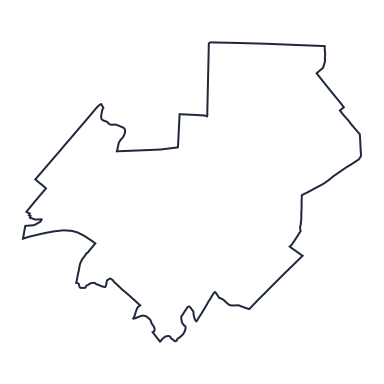 Soldanu, Calarasi, Romania (Albers equal-area conic projection)
{"feature_id": "2599482B93522079592050", "entity_name": "Soldanu", "entity_type": "district", "adm_level": 2, "iso_a3": "ROU", "parent_name": "Romania", "parent_adm1": "Calarasi", "projection": "albers", "projection_center": [26.526, 44.239], "detail": "fine", "context": "isolated", "style": "outline", "palette": "slate", "viewbox_px": 384, "rotation_deg": 0, "n_neighbors": 0, "source": "geoboundaries", "source_scale": "gbopen_adm2", "svg_char_len": 5538}
<svg xmlns="http://www.w3.org/2000/svg" viewBox="0 0 384 384"><path d="M42.4,233.6L45.6,232.9L53.9,231.4L63.6,230.3L67.7,230.6L71.9,230.9L77.4,232.4L83.5,235.4L91.5,240.6L95.3,243.4L90.3,249.4L90.1,249.6L89.2,250.8L87.8,252.5L87.2,253.1L86.6,253.2L86.4,253.3L86.1,253.7L85.4,255.0L84.9,255.8L84.8,256.0L83.0,258.1L82.8,258.4L82.3,259.2L81.9,259.8L81.5,260.6L80.7,262.3L80.6,262.5L80.4,263.0L80.2,263.5L80.0,264.3L79.7,265.4L79.5,266.3L79.4,267.1L78.7,271.0L78.3,272.6L76.9,279.6L76.4,282.2L76.2,282.9L77.4,283.0L78.2,283.5L78.9,284.2L79.1,285.2L79.5,286.7L79.9,287.4L80.4,287.8L81.5,288.0L82.7,287.9L84.4,287.9L85.1,287.8L85.5,287.5L86.0,286.1L86.7,285.5L88.3,284.8L89.7,283.8L90.9,283.2L92.6,283.0L93.4,282.9L94.3,282.9L95.2,283.2L95.7,283.6L96.1,284.1L96.4,284.3L96.9,284.5L97.7,284.6L98.2,284.7L99.1,285.2L101.2,286.1L102.5,286.5L104.1,286.9L105.3,287.0L106.1,285.1L106.4,283.5L106.5,282.1L107.2,280.2L109.6,278.8L110.4,278.5L111.5,279.3L112.5,280.0L113.1,280.4L113.6,281.5L115.5,283.2L119.7,287.1L121.9,289.3L127.1,293.6L131.8,297.8L132.8,298.8L133.0,298.9L133.9,299.6L138.1,303.5L139.4,304.7L140.2,305.3L139.9,305.6L139.2,306.1L138.6,306.5L138.0,306.9L137.8,307.1L137.5,307.7L137.1,308.5L136.6,309.5L135.3,313.5L134.6,315.7L134.5,316.1L134.0,317.2L133.6,317.8L133.5,318.1L133.2,318.4L133.5,318.7L134.9,318.4L135.9,318.0L139.8,316.4L142.1,315.7L144.0,315.7L145.9,316.2L147.7,317.5L148.9,318.4L150.3,319.9L150.8,321.0L151.6,323.3L152.5,324.7L153.7,326.4L154.2,327.6L154.6,328.3L154.5,329.9L154.4,331.1L152.6,332.2L160.0,341.6L160.6,341.2L161.4,340.2L161.7,339.6L162.0,339.2L162.5,338.8L163.3,338.1L164.0,337.5L165.0,336.8L165.8,336.4L166.5,336.3L167.4,336.1L168.4,336.0L168.9,336.1L169.7,336.4L169.9,336.5L170.3,336.9L171.3,338.6L173.2,339.8L173.6,340.1L174.3,340.9L174.8,341.2L175.0,341.2L175.7,341.1L176.2,340.9L176.5,340.8L176.8,340.3L176.9,340.0L177.0,339.6L177.2,339.3L177.5,338.9L177.7,338.7L178.3,338.2L178.8,338.0L179.7,337.4L180.0,337.0L180.6,336.5L181.0,336.2L182.0,335.3L182.5,334.8L183.2,334.2L184.5,331.7L184.9,330.8L185.2,330.0L185.4,329.1L185.6,328.4L185.6,327.2L185.1,326.0L184.2,325.5L183.2,324.4L181.8,322.2L181.6,320.1L181.2,318.2L181.2,317.1L181.5,316.3L182.4,315.0L183.8,312.8L185.3,310.5L185.9,309.5L187.0,308.1L187.3,307.5L187.5,307.2L187.9,306.9L189.1,306.5L189.5,306.7L189.7,306.9L190.3,307.5L190.8,308.0L191.7,309.3L192.9,310.9L193.2,311.3L193.3,311.7L193.4,312.0L193.6,312.6L193.5,313.7L193.5,314.5L193.6,314.8L193.9,315.7L194.0,316.3L194.8,319.4L195.1,319.9L195.4,320.4L195.8,320.8L196.2,321.1L196.5,321.3L196.8,321.0L197.5,319.7L198.6,317.9L201.3,313.8L206.7,304.8L207.2,303.9L208.6,301.3L209.5,300.0L213.7,293.2L214.0,292.9L214.6,292.2L214.9,292.1L215.1,292.1L215.4,292.4L215.8,292.8L216.4,293.7L219.3,298.0L219.9,298.0L220.2,298.0L221.3,298.7L222.4,299.1L223.2,299.6L224.8,301.0L226.7,302.8L228.7,304.6L230.6,305.4L234.0,305.5L237.0,305.3L238.7,305.3L240.4,306.0L243.0,307.0L244.9,307.7L249.2,309.1L255.2,302.9L258.8,299.1L260.2,297.7L264.5,293.5L269.2,288.7L278.7,279.2L280.9,277.0L283.9,274.0L286.0,271.9L291.0,267.1L293.2,265.0L295.1,263.1L298.6,259.7L299.9,258.4L301.3,257.0L302.4,256.0L302.6,255.8L300.3,254.2L297.9,252.5L296.5,251.5L292.5,248.7L289.7,246.6L291.1,245.3L291.5,244.9L292.1,244.1L292.9,242.9L294.8,240.2L296.1,238.2L296.6,237.3L297.6,235.9L299.5,232.8L300.6,231.1L300.5,230.5L300.4,229.8L300.2,228.9L300.1,227.5L300.1,227.1L300.3,226.4L300.5,225.3L300.9,223.8L300.9,222.3L301.3,219.3L301.3,217.3L301.3,212.7L301.5,210.4L301.6,207.0L301.6,202.1L301.7,198.9L301.8,195.2L303.2,194.5L306.5,192.8L307.8,192.2L309.1,191.5L316.6,187.4L321.1,185.1L324.5,183.1L329.1,179.8L333.3,176.3L337.2,173.6L338.8,172.5L342.0,170.3L345.9,167.6L348.2,166.2L350.5,164.8L358.4,159.7L358.7,159.5L360.2,157.4L360.5,156.9L360.8,156.4L360.9,155.6L361.0,155.2L360.8,152.2L360.8,151.9L360.7,150.5L360.1,138.4L359.8,134.3L359.3,133.7L356.9,130.9L355.5,129.3L353.2,126.6L351.5,124.6L348.0,120.0L343.4,114.9L339.9,110.5L343.8,107.3L341.1,103.6L336.2,97.7L333.9,94.9L329.6,89.6L321.7,79.7L316.6,73.3L318.3,71.8L322.5,68.3L323.0,67.9L325.1,61.1L324.9,60.4L324.9,59.7L324.9,58.4L324.9,57.1L325.0,56.5L325.1,54.6L325.2,54.2L325.2,53.7L325.1,53.2L325.1,52.2L324.8,51.0L324.8,50.0L324.8,49.7L324.7,47.8L324.7,46.9L324.7,46.1L322.6,46.0L314.7,45.7L296.6,45.0L267.6,43.8L253.6,43.4L239.4,43.0L211.5,42.4L210.6,42.4L209.6,42.7L208.8,43.6L208.8,43.9L208.3,68.8L208.2,71.5L207.6,98.7L207.3,112.4L207.3,114.3L207.4,115.6L206.9,116.4L205.7,115.8L204.3,115.5L194.6,114.9L179.6,114.2L178.5,136.7L178.1,144.4L177.9,147.3L177.6,147.4L160.8,149.5L158.9,149.6L144.9,150.2L116.9,151.3L117.3,149.6L117.7,147.6L118.7,143.2L119.2,141.9L119.9,141.0L120.8,139.6L123.1,137.1L124.1,135.2L124.4,134.2L124.7,133.4L125.0,132.4L125.1,131.0L125.0,129.8L124.6,128.9L124.3,128.5L123.9,128.1L123.4,127.7L121.9,127.0L117.3,125.1L115.7,124.6L112.9,124.7L110.8,124.7L109.5,124.2L108.4,123.2L107.7,122.6L107.4,122.2L106.9,121.8L103.0,120.3L102.5,120.0L101.7,119.2L101.3,118.3L101.1,117.3L101.4,114.6L102.3,109.8L102.7,108.9L103.4,107.9L101.2,104.1L100.6,104.3L100.0,104.7L98.9,105.4L96.8,107.5L85.3,121.1L76.7,131.1L71.7,137.0L63.7,146.3L60.8,149.8L53.9,157.8L47.8,164.9L41.4,172.4L35.3,179.4L40.3,183.6L41.6,184.5L46.0,188.4L41.2,194.0L35.2,201.1L26.4,211.8L27.1,212.2L27.9,212.7L29.8,213.5L28.9,215.3L30.6,216.0L29.9,217.7L33.6,219.0L35.2,219.5L37.1,219.5L41.6,219.3L41.6,220.0L40.1,221.9L34.1,225.2L25.3,225.9L24.6,229.4L23.0,238.7L26.2,237.6L29.5,236.6L39.5,234.3L40.5,234.0L41.3,233.8L42.4,233.6Z" fill="none" stroke="#1e293b" stroke-width="2"/></svg>